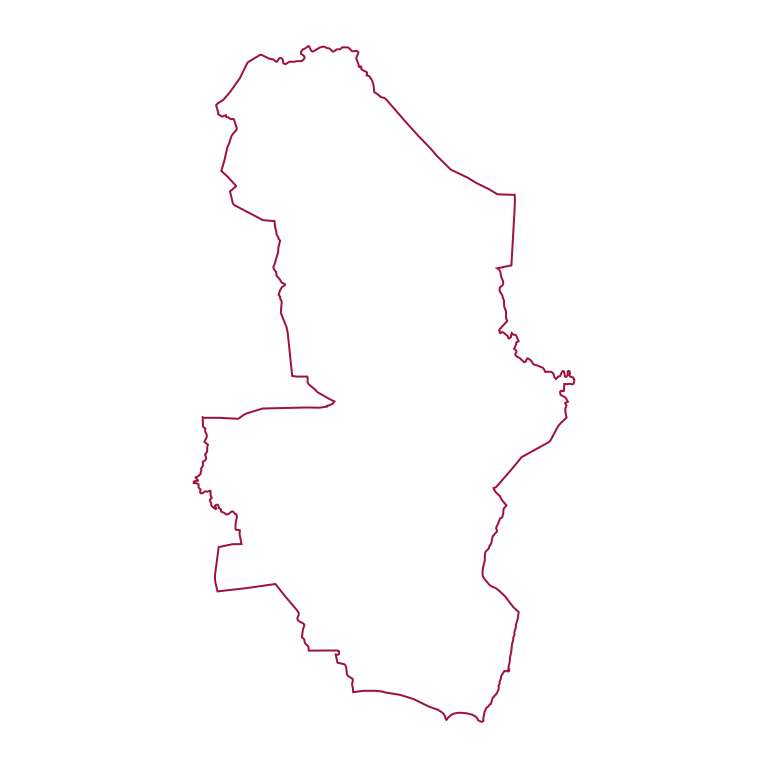 Ham Thuan Nam, Bình Thuận, Vietnam (Natural Earth projection)
{"feature_id": "81297802B68049284687871", "entity_name": "Ham Thuan Nam", "entity_type": "district", "adm_level": 2, "iso_a3": "VNM", "parent_name": "Vietnam", "parent_adm1": "Bình Thuận", "projection": "natural_earth1", "projection_center": [107.897, 10.938], "detail": "fine", "context": "isolated", "style": "outline", "palette": "rose", "viewbox_px": 768, "rotation_deg": 0, "n_neighbors": 0, "source": "geoboundaries", "source_scale": "gbopen_adm2", "svg_char_len": 6055}
<svg xmlns="http://www.w3.org/2000/svg" viewBox="0 0 768 768"><path d="M217.5,591.4L245.9,588.2L275.5,584.0L284.4,595.4L296.8,610.0L298.8,613.1L298.7,614.8L297.4,618.1L297.6,619.7L298.5,620.9L303.6,623.7L304.4,625.0L302.8,630.2L301.9,637.1L304.2,639.3L304.7,642.3L305.5,643.7L308.4,646.6L308.8,650.6L336.4,650.5L338.8,650.9L339.1,652.6L338.9,654.0L337.8,654.8L335.7,654.5L337.3,662.3L337.7,662.8L344.0,664.1L345.4,665.2L346.2,667.3L347.0,674.7L348.8,676.5L352.6,678.8L352.8,681.1L352.0,684.1L352.8,687.7L353.2,692.2L363.4,690.8L375.0,690.8L382.3,691.5L385.0,692.4L399.8,694.8L413.4,699.0L429.4,706.8L438.1,709.8L442.2,712.6L443.7,714.0L445.0,716.3L445.6,718.7L446.3,719.8L446.6,719.8L447.8,718.0L450.5,715.5L453.0,713.9L457.6,712.8L461.0,712.8L466.1,713.2L471.8,714.5L475.8,716.7L476.8,717.8L478.3,720.4L481.7,721.9L483.4,721.0L483.3,718.6L484.6,711.7L486.5,707.6L488.5,706.4L489.9,704.3L490.8,704.0L492.7,697.7L494.1,696.7L494.7,695.4L495.4,695.2L497.0,692.9L498.4,689.8L498.8,688.0L498.5,686.0L499.6,683.6L499.6,681.7L500.9,678.4L501.1,676.3L504.2,671.2L504.7,670.9L505.9,671.4L507.8,670.7L508.4,671.4L509.0,671.0L508.6,669.9L509.1,669.9L509.3,669.2L508.6,668.5L508.5,667.1L509.5,662.8L510.3,655.8L511.2,652.3L512.0,644.1L513.2,640.1L513.3,637.5L514.5,634.8L514.3,632.6L515.9,627.1L515.9,624.8L518.2,617.3L518.0,616.2L518.7,612.1L513.2,607.0L505.1,596.4L499.2,590.8L495.8,588.2L491.2,586.2L489.7,585.2L484.5,579.1L482.7,576.1L482.5,571.3L483.4,565.8L484.8,560.6L484.8,556.5L485.4,551.9L488.8,548.4L489.2,546.6L491.3,543.2L492.3,537.8L493.0,535.9L496.8,531.7L496.9,530.3L496.2,528.2L496.6,526.4L497.9,524.2L500.1,518.4L502.0,517.6L502.4,516.9L503.3,513.1L503.5,509.0L506.4,505.4L501.6,499.7L499.8,496.0L495.9,492.4L493.7,488.9L493.6,488.0L495.9,487.3L499.4,483.4L513.9,466.6L521.5,457.2L549.0,442.0L550.4,440.6L558.2,426.0L560.7,423.1L566.6,417.6L565.9,414.8L565.2,410.0L565.4,408.3L566.5,405.5L565.1,403.2L565.4,402.7L567.9,401.8L566.2,398.6L564.9,397.2L560.7,395.0L560.2,393.6L560.1,391.8L561.2,390.7L563.4,391.2L563.9,390.8L564.3,384.0L566.9,384.2L569.0,383.8L572.3,384.3L573.4,383.8L574.0,382.8L574.3,380.1L573.1,377.4L570.8,376.9L569.9,376.3L569.6,375.4L569.9,372.4L569.5,371.4L568.8,370.8L567.7,371.3L567.6,375.3L566.4,376.7L565.7,376.9L565.0,376.4L564.0,371.5L562.8,371.0L562.0,371.8L560.2,375.9L558.0,376.8L555.9,379.0L554.5,377.3L553.3,373.8L552.5,372.6L550.5,371.7L545.4,371.9L543.5,368.5L542.7,367.7L536.7,365.3L534.0,364.6L533.2,363.9L531.3,360.9L528.9,358.8L527.2,358.5L525.5,361.7L524.7,362.2L524.0,362.1L519.5,357.9L516.9,356.6L515.3,354.9L515.3,353.9L516.4,352.1L516.5,351.4L515.8,350.1L514.1,348.8L515.9,345.0L516.3,342.6L518.6,341.2L516.1,335.4L515.3,334.8L513.2,334.7L511.8,333.1L511.0,335.7L511.1,337.0L508.9,338.5L508.3,338.1L508.2,337.0L507.6,336.0L503.3,332.4L501.9,332.2L500.3,333.1L499.7,332.7L499.6,330.7L499.2,330.3L499.8,329.0L507.2,321.1L506.1,318.1L506.0,311.2L504.2,306.7L504.0,300.7L502.8,297.6L502.4,295.5L499.9,291.4L499.6,290.2L499.7,287.7L500.3,286.9L501.9,286.0L503.1,284.3L503.2,281.6L501.3,277.1L500.2,271.5L498.8,269.3L497.2,268.3L511.4,265.4L514.6,209.1L514.9,200.8L514.7,194.9L497.4,194.3L489.5,189.5L476.0,182.8L467.5,177.6L450.9,169.7L437.4,156.4L428.8,146.6L418.6,136.2L405.0,121.1L386.1,99.3L384.3,98.0L380.9,97.1L377.9,94.5L374.3,92.1L373.6,85.6L372.2,80.7L369.5,76.4L368.6,75.8L366.7,75.5L367.1,73.0L366.7,72.1L362.2,69.9L361.2,68.6L361.3,66.8L360.9,66.4L359.4,67.1L358.8,66.7L358.6,64.7L356.4,58.7L356.3,57.6L358.3,53.2L358.2,51.9L356.5,50.9L353.3,51.3L351.9,51.1L349.6,48.6L347.9,47.4L342.4,47.3L340.0,49.3L336.6,49.4L333.9,51.4L332.9,51.6L329.3,48.4L326.9,48.0L324.2,46.7L322.9,46.7L319.8,47.5L313.7,51.2L312.4,51.5L311.3,50.9L309.1,46.4L308.2,46.1L305.8,48.0L302.8,49.5L301.1,51.6L300.8,52.9L301.2,54.0L303.7,55.6L304.5,56.9L304.5,58.2L302.7,60.5L301.2,61.1L297.4,61.1L294.0,61.8L289.7,61.7L285.5,64.1L283.4,63.4L282.7,59.4L281.3,58.1L279.4,58.1L277.2,61.4L276.2,61.8L273.4,59.5L269.1,58.6L262.2,55.2L260.4,54.7L248.5,61.9L247.4,62.9L239.8,78.3L229.7,92.5L223.3,99.8L217.8,103.3L216.1,105.2L218.1,112.1L218.2,114.3L222.3,116.6L225.9,115.2L226.2,116.7L226.6,117.0L228.4,117.4L230.7,119.1L233.1,119.0L234.0,119.5L236.8,128.4L236.6,129.8L232.5,134.4L231.4,136.2L229.2,143.3L227.4,147.1L224.3,160.8L221.3,170.9L227.6,176.7L236.0,185.8L235.9,186.5L230.0,191.4L232.8,203.1L233.6,204.4L234.8,205.4L262.8,220.1L274.5,221.1L275.2,227.8L276.1,230.4L276.6,234.5L278.2,237.1L278.6,238.8L280.1,240.6L278.4,247.7L278.2,251.8L274.5,264.5L273.4,266.5L273.5,268.0L274.3,269.8L276.2,272.0L276.4,275.1L276.9,276.2L279.4,278.8L281.7,282.6L284.6,283.9L285.0,284.5L284.7,285.5L281.9,287.1L279.8,290.9L278.6,295.0L280.2,296.9L280.2,298.8L281.4,300.8L281.7,302.2L280.8,312.8L286.4,326.8L287.7,332.6L292.2,376.0L297.2,376.6L307.2,376.6L307.6,377.4L307.6,382.0L307.8,383.0L309.1,384.6L315.2,389.7L317.6,392.3L330.0,399.3L334.4,401.4L332.6,403.8L328.9,405.4L326.9,405.9L327.0,406.6L319.5,407.7L305.9,407.5L262.7,408.5L246.1,413.6L244.4,414.4L238.3,418.8L218.9,417.8L204.2,417.8L202.7,417.3L203.0,426.0L203.6,427.3L205.3,428.5L205.1,431.1L206.8,435.0L206.6,437.5L204.5,441.3L204.5,442.0L207.9,444.5L207.2,447.3L207.2,451.5L205.0,454.7L206.2,458.0L206.1,459.0L205.0,460.5L202.8,461.7L203.0,464.4L202.6,466.2L201.1,468.5L201.4,470.6L200.7,472.2L200.7,473.7L198.4,476.1L195.7,477.3L195.7,477.8L197.8,480.1L197.9,480.7L194.1,481.4L193.7,481.9L193.7,483.0L197.0,483.4L198.6,484.4L198.5,487.4L200.6,489.7L200.0,491.8L200.6,493.2L202.2,493.3L205.2,491.3L207.6,491.7L209.8,490.7L210.5,490.8L210.5,495.1L211.8,497.9L210.1,499.3L209.8,500.6L211.1,502.7L211.4,505.8L214.3,508.3L215.7,509.0L216.5,508.6L216.4,508.1L214.9,506.5L215.0,505.8L215.9,505.0L217.5,504.6L218.2,505.3L219.3,508.4L221.0,509.6L221.0,511.2L221.3,511.7L223.9,512.7L226.1,514.4L227.4,514.4L228.9,513.8L231.1,511.8L232.4,511.4L233.5,511.9L235.0,514.0L236.4,514.3L236.9,516.3L235.5,524.5L235.5,529.0L235.9,529.7L239.8,530.2L239.6,534.4L241.5,544.1L232.4,544.2L218.7,547.1L215.0,575.0L215.0,579.3L215.5,583.1L217.5,591.4Z" fill="none" stroke="#9f1239" stroke-width="2"/></svg>